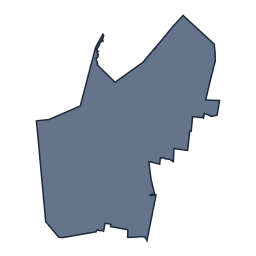 outline of Vanegas, San Luis Potosí, Mexico
{"feature_id": "50627088B68070398631326", "entity_name": "Vanegas", "entity_type": "district", "adm_level": 2, "iso_a3": "MEX", "parent_name": "Mexico", "parent_adm1": "San Luis Potosí", "projection": "mercator", "projection_center": [-100.935, 24.137], "detail": "fine", "context": "isolated", "style": "filled", "palette": "slate", "viewbox_px": 256, "rotation_deg": 0, "n_neighbors": 0, "source": "geoboundaries", "source_scale": "gbopen_adm2", "svg_char_len": 3702}
<svg xmlns="http://www.w3.org/2000/svg" viewBox="0 0 256 256"><path d="M174.0,25.3L173.9,25.3L173.7,25.5L167.4,33.2L165.2,36.0L154.4,48.7L155.0,48.5L154.6,49.0L154.1,49.5L151.9,51.6L142.7,62.5L142.4,62.7L136.9,66.6L134.8,68.1L134.7,68.2L134.2,68.5L133.6,69.0L130.1,71.5L129.7,71.8L127.8,73.2L126.5,74.1L126.2,74.3L123.1,76.5L122.8,76.7L122.1,77.2L121.7,77.5L121.2,77.9L121.0,78.0L120.7,78.2L120.6,78.3L119.1,79.3L118.4,79.9L117.9,80.2L115.1,82.3L97.3,64.9L97.5,64.4L97.7,63.9L97.3,63.5L97.4,63.1L97.3,62.8L97.3,62.2L97.3,61.8L96.9,61.5L96.4,60.9L96.3,60.5L96.3,59.8L96.2,59.6L96.2,59.0L96.2,58.7L96.2,58.3L96.0,57.9L96.3,57.9L96.5,57.9L96.9,57.8L97.0,57.8L97.3,57.8L97.3,57.7L97.5,57.7L97.6,57.4L97.7,57.0L97.6,56.9L97.7,56.7L97.7,56.4L97.8,56.3L97.8,56.2L97.9,55.9L98.0,55.7L98.1,55.4L98.1,55.2L98.3,54.9L98.3,54.7L98.2,54.5L98.2,54.4L97.9,54.4L97.8,54.5L97.7,54.5L97.7,54.4L97.7,54.2L97.7,53.9L97.7,53.7L97.6,53.4L97.5,53.2L97.4,53.1L97.3,52.9L97.3,52.7L97.5,52.3L97.7,52.0L97.8,51.8L97.9,51.7L97.7,51.7L97.2,51.6L97.1,51.4L97.1,51.2L97.2,50.8L97.1,50.7L97.4,50.7L97.1,50.4L96.9,50.2L96.7,49.9L96.5,49.6L96.5,49.4L96.4,49.2L96.8,49.2L97.0,49.2L97.1,48.8L97.0,48.7L96.8,48.5L97.5,48.1L97.6,47.9L97.7,47.7L97.8,47.6L97.9,47.4L98.0,47.3L98.9,46.2L98.8,45.6L98.4,45.3L98.7,45.2L98.9,45.1L99.1,45.1L99.3,45.0L99.3,44.9L99.4,44.7L99.4,44.4L99.5,44.3L99.5,44.2L99.4,44.0L99.4,43.9L99.4,43.7L99.4,43.4L99.6,43.3L99.9,43.2L99.9,42.9L99.9,42.6L99.9,42.4L100.0,42.2L100.7,42.2L100.8,42.2L101.0,41.9L101.2,41.6L101.1,41.4L101.2,41.2L101.3,41.1L101.3,40.9L102.7,41.5L102.7,40.7L102.9,40.5L102.8,40.4L102.6,40.2L102.4,40.0L102.2,39.5L102.1,38.8L102.3,38.8L102.8,38.8L103.0,38.1L103.1,37.8L103.1,37.4L103.2,37.2L103.3,36.8L103.3,36.7L103.5,36.4L103.6,36.2L103.7,35.8L103.6,35.7L103.5,35.4L103.5,35.2L103.5,34.9L103.4,34.8L103.4,34.7L103.2,34.5L103.1,34.4L103.0,34.2L102.9,34.2L100.4,38.7L99.6,40.1L97.2,44.4L97.2,44.5L96.4,46.0L95.9,46.9L95.6,47.4L92.3,60.0L91.5,63.1L91.4,63.6L90.6,66.3L89.9,69.2L89.3,71.5L87.6,77.9L87.1,80.0L85.4,86.4L80.3,105.9L78.9,106.5L74.4,108.5L51.4,118.5L49.1,119.5L36.4,120.9L37.5,132.1L37.6,133.3L38.6,144.1L39.3,151.9L39.6,155.1L39.7,156.7L40.8,168.1L41.4,174.9L42.5,186.8L43.5,197.5L43.4,197.5L44.0,202.9L44.6,209.4L45.0,213.7L45.0,213.8L45.7,221.7L48.7,225.3L58.7,237.2L62.8,237.6L96.1,231.8L96.2,231.5L96.4,231.1L96.5,230.8L96.8,230.2L103.5,230.9L103.6,231.0L105.1,223.2L111.0,224.3L110.5,226.6L116.2,227.6L127.8,229.7L127.7,234.9L127.6,237.4L130.3,237.3L134.3,237.1L142.5,236.6L145.2,237.3L147.0,240.6L147.2,239.3L148.4,233.4L149.8,226.3L150.8,221.2L152.4,213.5L152.4,213.3L152.4,213.2L153.4,208.1L153.9,205.6L155.3,198.8L156.0,194.9L150.7,195.7L150.7,195.4L150.8,195.1L150.8,194.8L150.6,194.7L154.6,193.9L152.6,185.9L151.0,179.1L150.1,172.1L149.5,166.8L149.0,161.5L159.7,164.2L160.3,157.9L160.5,157.9L160.9,157.8L161.1,157.8L161.5,158.1L161.8,158.1L162.0,158.0L162.0,157.9L162.6,157.7L163.2,157.7L165.2,158.6L165.8,159.0L166.0,159.0L166.8,159.0L167.3,158.9L167.9,159.0L168.4,159.2L169.3,159.2L169.6,159.2L169.9,159.3L170.2,159.6L170.5,159.9L171.0,160.3L171.3,160.5L172.2,160.5L172.2,161.0L172.6,161.3L173.0,161.6L173.4,161.7L173.9,148.6L187.6,150.4L189.7,131.3L191.2,131.2L192.4,119.1L192.5,116.9L195.9,116.9L201.6,117.7L202.0,117.7L203.0,117.6L203.5,118.0L203.6,117.4L203.2,117.3L203.0,116.3L203.8,116.3L203.9,115.2L204.0,115.3L204.1,115.1L204.0,114.9L204.0,114.6L203.8,114.4L203.9,114.2L204.0,114.3L204.1,114.1L204.0,113.6L204.8,113.5L211.4,116.4L214.0,115.8L217.1,115.1L218.3,108.1L219.5,100.8L219.6,100.5L210.7,100.2L205.7,99.9L211.0,77.5L215.3,60.8L215.1,53.1L214.2,44.1L203.0,33.8L190.5,22.3L183.0,15.4L174.0,25.3Z" fill="#64748b" stroke="#1e293b" stroke-width="1.5"/></svg>